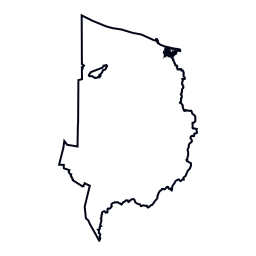 outline of Whakatane District, Bay of Plenty, New Zealand
{"feature_id": "76426892B18513134445034", "entity_name": "Whakatane District", "entity_type": "district", "adm_level": 2, "iso_a3": "NZL", "parent_name": "New Zealand", "parent_adm1": "Bay of Plenty", "projection": "robinson", "projection_center": [176.996, -38.343], "detail": "fine", "context": "isolated", "style": "outline", "palette": "ink", "viewbox_px": 256, "rotation_deg": 0, "n_neighbors": 0, "source": "geoboundaries", "source_scale": "gbopen_adm2", "svg_char_len": 5751}
<svg xmlns="http://www.w3.org/2000/svg" viewBox="0 0 256 256"><path d="M99.2,240.6L99.6,240.2L100.3,238.3L99.6,236.7L100.3,234.3L99.9,233.6L98.8,233.1L98.9,230.8L98.1,229.7L99.1,229.6L99.6,229.1L99.9,228.5L99.6,227.1L100.0,226.5L101.0,226.0L100.4,225.5L100.2,224.8L100.7,223.6L100.8,222.3L101.3,221.6L101.4,219.3L100.8,218.6L101.6,217.0L101.4,215.6L101.5,215.1L102.1,214.3L101.9,213.7L102.1,212.5L102.7,211.8L104.4,211.2L105.7,212.6L107.3,212.5L107.6,211.8L107.3,210.6L107.6,209.8L107.5,209.0L108.2,208.5L109.0,208.8L110.2,208.3L111.7,206.5L111.3,205.5L111.6,205.0L111.6,204.1L112.8,203.0L113.6,202.9L115.0,202.2L116.6,202.5L117.5,202.1L118.2,202.4L119.3,203.4L120.4,203.5L121.1,204.4L121.6,204.5L123.5,202.0L124.8,201.6L125.8,200.4L127.8,200.4L128.3,201.9L128.6,202.0L131.4,199.4L133.2,199.0L134.4,199.8L135.5,202.6L138.1,204.0L140.0,204.4L140.9,206.0L141.5,206.1L143.4,205.3L145.4,205.8L146.8,205.7L147.2,206.0L147.4,207.2L148.0,207.5L148.5,207.4L151.1,205.1L152.1,205.0L154.2,202.2L154.8,201.1L156.7,199.2L157.4,197.8L157.6,195.4L158.2,194.5L158.5,193.1L160.0,190.8L161.2,190.3L162.0,189.0L162.9,188.9L164.0,189.3L164.6,189.3L165.5,188.7L166.6,187.1L167.7,186.8L168.1,187.0L168.4,188.1L169.2,189.0L170.4,188.5L170.9,188.6L171.2,189.0L171.1,190.2L171.7,190.5L172.0,189.8L172.3,186.7L172.8,185.4L174.6,183.0L175.4,181.2L177.2,180.0L178.6,179.4L179.0,179.5L179.9,180.8L180.9,181.0L182.4,179.6L183.8,179.6L183.8,179.2L183.3,178.5L183.7,177.4L185.6,175.9L187.8,170.6L189.5,169.1L189.8,168.3L190.3,167.8L190.5,166.7L191.0,165.6L191.0,163.8L190.9,163.2L188.8,162.2L187.8,161.2L186.9,161.1L186.4,159.8L186.7,159.4L187.3,159.1L187.5,157.0L188.1,155.7L188.2,151.8L187.7,150.8L187.6,149.5L188.9,146.7L188.7,145.9L188.8,145.0L189.5,143.6L191.6,141.9L192.0,140.8L191.6,139.8L190.7,138.6L190.5,137.4L191.1,136.4L192.2,135.8L193.5,136.3L194.2,135.9L194.3,133.8L194.7,133.5L196.8,133.1L196.9,131.8L196.8,131.0L196.4,130.0L196.7,129.0L194.2,128.4L193.2,128.6L192.5,127.8L192.7,125.6L192.4,123.1L192.7,122.8L194.0,122.6L194.4,122.0L195.4,121.1L195.2,119.9L195.4,119.2L195.4,118.1L195.1,117.3L195.3,116.4L195.0,115.8L192.5,113.8L192.0,112.9L191.7,111.6L191.1,110.7L190.0,110.9L188.0,110.6L187.3,110.7L185.9,110.0L185.7,110.1L185.8,110.4L185.0,111.0L183.9,110.5L183.9,109.8L183.1,108.4L182.6,106.7L182.9,106.0L182.8,105.4L182.1,104.7L181.3,103.3L180.2,103.1L179.9,102.5L181.1,101.5L180.9,100.0L181.3,99.1L180.9,98.7L181.3,97.7L181.7,97.5L181.9,96.3L181.8,95.5L181.3,95.1L181.4,94.8L180.8,94.3L181.5,93.2L181.5,92.4L182.0,92.0L182.0,89.3L183.3,87.8L183.1,87.3L183.4,86.8L183.3,86.1L182.6,85.2L182.5,84.3L182.0,84.0L182.3,81.6L182.8,81.0L182.8,80.5L182.4,79.0L184.5,79.0L184.5,78.6L184.9,78.3L184.8,77.6L183.5,76.3L183.5,75.7L183.7,75.1L183.4,74.4L183.7,73.9L183.5,72.9L183.7,72.6L183.2,71.1L182.8,70.5L181.4,70.6L181.1,70.0L181.2,69.1L178.6,69.1L178.6,69.5L177.6,69.4L177.6,68.8L176.9,67.9L177.3,66.8L177.1,65.7L176.3,65.4L175.8,65.6L175.5,65.5L175.0,64.4L174.9,63.4L174.5,63.2L174.5,62.6L174.1,62.0L173.9,61.3L173.0,60.2L173.0,59.8L173.4,59.6L173.4,59.3L172.1,58.2L172.6,57.4L172.6,56.0L173.1,55.7L173.1,55.4L173.6,55.6L174.1,55.1L173.4,53.1L172.5,53.2L172.2,53.1L172.2,52.7L172.0,53.0L172.0,53.3L172.0,53.1L172.1,53.5L171.4,53.4L170.9,52.8L170.5,53.2L170.6,54.3L171.1,54.7L171.2,55.1L171.1,55.7L171.3,55.9L171.1,56.6L170.8,56.1L170.8,55.5L170.4,55.2L169.7,55.8L169.6,56.4L168.8,56.3L168.9,55.8L169.5,55.2L169.8,54.6L169.6,54.1L169.2,54.5L168.8,54.4L169.2,54.2L169.8,53.3L169.8,52.1L169.5,52.4L168.7,52.3L168.3,52.6L168.3,53.2L167.8,52.5L167.4,52.8L167.1,52.4L166.1,52.0L166.1,52.4L165.9,52.5L165.9,53.6L166.3,54.2L166.5,54.2L166.8,55.0L165.9,54.6L165.8,55.3L165.3,55.3L165.1,55.7L165.1,55.8L165.3,55.9L165.3,56.0L165.1,55.9L165.1,55.7L165.2,55.4L165.0,55.1L164.7,55.5L164.9,53.4L164.0,53.0L164.3,52.4L163.9,52.1L163.9,51.7L164.2,51.4L165.0,51.4L165.3,50.8L165.5,50.0L165.1,49.4L165.5,48.6L165.8,48.6L166.1,48.2L166.3,48.7L166.9,48.6L167.1,47.8L167.2,48.3L168.0,48.7L168.3,48.2L168.8,48.1L169.4,48.3L169.8,48.9L170.7,48.7L172.0,48.7L174.2,49.4L175.2,50.1L180.1,51.1L180.3,50.4L180.0,49.7L178.9,49.2L173.2,48.4L164.4,46.3L164.2,46.4L163.4,45.9L160.7,44.9L157.9,43.2L157.8,42.9L158.3,42.4L158.1,42.2L158.1,42.4L157.7,42.4L157.1,41.9L157.2,41.2L157.5,41.1L157.6,40.9L157.4,40.9L157.1,40.4L157.2,40.0L156.9,39.8L156.9,39.4L156.6,39.5L156.7,39.2L156.5,39.6L156.4,39.1L156.1,39.1L155.6,40.5L153.9,40.2L141.3,34.5L132.4,32.8L121.5,29.5L112.8,28.2L105.9,26.3L92.5,20.8L81.7,15.4L81.9,64.1L83.1,64.8L84.0,65.6L82.7,66.8L82.7,67.3L82.3,66.9L81.9,67.1L82.0,79.2L78.4,80.1L78.1,123.6L77.9,125.0L77.5,146.5L67.2,144.8L64.3,141.0L63.4,147.7L59.1,164.7L63.8,164.9L63.7,167.6L63.9,168.3L69.4,170.2L68.7,172.2L70.0,174.0L71.2,174.4L70.8,175.7L71.7,177.1L71.5,177.4L73.0,179.6L72.8,180.2L82.5,186.4L82.7,186.1L83.6,186.0L83.7,185.0L84.6,183.9L84.7,183.3L89.8,185.7L84.7,206.7L85.9,218.3L88.2,220.3L90.2,224.6L99.2,240.6ZM103.9,65.6L106.5,65.1L107.1,66.2L105.1,69.7L103.3,69.9L101.6,73.2L100.9,73.6L100.5,74.8L100.0,74.8L100.3,75.2L100.1,75.4L100.3,75.7L99.6,75.9L99.8,76.1L99.7,76.8L99.2,76.6L98.9,76.8L98.9,77.1L98.5,77.1L98.6,77.3L97.8,77.3L96.9,77.8L95.0,77.9L95.0,77.6L93.5,77.2L92.5,76.2L89.3,76.1L88.8,75.0L90.9,72.1L102.3,67.7L103.3,66.4L104.4,66.0L104.5,65.7L104.0,65.8L103.9,65.6ZM176.1,51.7L175.9,51.7L175.5,51.9L175.6,52.3L175.5,52.0L175.3,52.0L175.5,52.2L175.3,52.4L174.9,52.2L175.1,52.1L174.3,52.0L174.9,52.5L174.7,53.3L174.1,53.6L174.2,54.3L174.5,54.3L174.8,54.0L175.2,52.9L175.5,53.9L176.3,53.5L176.3,52.0L176.2,51.8L176.0,52.0L175.9,51.8L176.1,51.7ZM166.6,49.2L166.1,49.4L166.0,49.7L166.2,49.9L166.2,49.7L166.6,49.7L167.0,50.5L167.6,50.2L167.8,50.8L168.5,50.5L168.7,51.2L169.0,50.9L168.9,50.5L168.0,49.8L166.6,49.2Z" fill="none" stroke="#020617" stroke-width="2"/></svg>